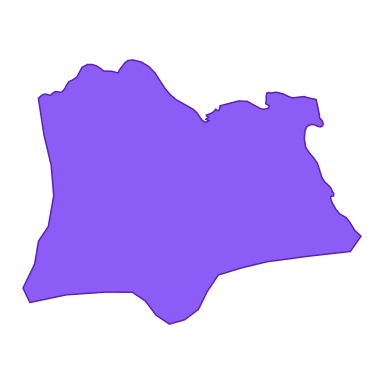 the Province of Kirklareli
{"feature_id": "TUR-2241", "entity_name": "Kirklareli", "entity_type": "Province", "adm_level": 1, "iso_a3": "TUR", "parent_name": "Turkey", "parent_adm1": "", "projection": "orthographic", "projection_center": [27.563, 41.681], "detail": "fine", "context": "isolated", "style": "filled", "palette": "violet", "viewbox_px": 384, "rotation_deg": 0, "n_neighbors": 0, "source": "natural_earth", "source_scale": "10m", "svg_char_len": 1753}
<svg xmlns="http://www.w3.org/2000/svg" viewBox="0 0 384 384"><path d="M132.8,59.9L141.1,61.9L148.6,66.4L154.9,72.8L164.9,88.3L170.0,94.4L175.7,99.4L193.0,109.2L196.5,112.3L202.1,120.2L205.3,122.4L209.1,120.7L205.8,119.3L206.4,118.6L207.9,117.9L208.6,117.2L208.0,116.7L207.3,116.3L206.6,115.9L206.3,115.1L211.3,113.3L213.7,111.7L215.7,109.2L217.4,110.5L218.7,110.5L219.5,109.0L220.1,105.8L238.4,101.0L247.1,101.3L259.4,108.1L262.6,109.2L265.7,109.0L268.6,107.9L269.3,105.9L265.7,103.7L266.2,100.5L266.2,96.3L266.9,93.1L267.8,92.7L268.7,92.5L269.7,92.7L270.6,93.1L275.1,92.3L277.3,92.4L283.1,93.9L289.3,96.9L292.6,97.9L304.1,96.5L307.6,97.7L316.1,99.5L319.4,114.7L319.5,118.1L320.7,118.9L322.2,120.9L323.2,123.4L322.8,125.6L320.7,126.9L318.3,126.5L313.9,124.6L310.0,124.8L307.0,126.5L305.0,130.9L304.3,138.7L305.7,147.2L309.3,152.9L313.6,157.8L317.5,163.5L322.0,177.8L324.8,182.0L329.1,186.0L331.1,188.3L332.3,191.6L332.9,192.2L333.5,193.1L333.8,195.0L333.2,196.2L331.9,196.1L330.8,196.3L330.6,198.3L332.4,203.2L335.7,209.0L339.5,213.8L346.3,217.7L349.8,222.3L354.9,230.6L361.0,236.2L360.9,236.3L350.3,251.5L349.8,251.5L308.3,256.2L267.2,261.7L241.4,267.9L218.3,275.0L207.1,291.7L198.4,309.4L184.6,319.8L169.4,324.1L156.1,315.2L145.5,301.1L132.3,292.2L104.6,292.1L65.8,294.9L29.9,302.5L23.0,288.1L34.7,263.9L38.5,241.1L48.3,226.5L53.7,196.0L51.2,165.4L44.0,135.0L38.4,98.5L38.4,98.2L41.2,95.8L43.8,94.2L46.4,94.2L48.6,95.0L50.7,95.1L53.3,92.6L55.7,91.5L60.1,92.3L62.2,91.8L64.8,88.6L66.8,84.8L68.9,81.6L72.2,80.2L76.8,77.1L82.1,67.3L87.7,64.4L88.0,64.5L92.2,64.5L96.4,65.9L100.4,68.3L104.0,71.2L106.6,71.0L111.9,71.3L117.6,72.8L118.6,72.4L118.8,71.3L119.4,70.0L124.7,63.0L127.7,60.6L132.8,59.9Z" fill="#8b5cf6" stroke="#5b21b6" stroke-width="1.5"/></svg>